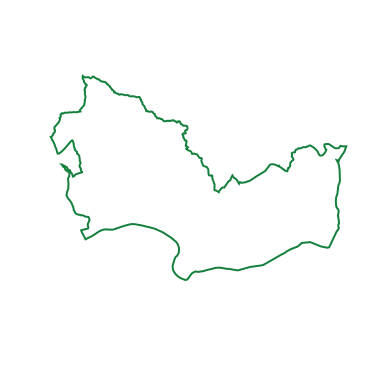 Daesti, Vâlcea, Romania, rotated 286°
{"feature_id": "2599482B34599857525673", "entity_name": "Daesti", "entity_type": "district", "adm_level": 2, "iso_a3": "ROU", "parent_name": "Romania", "parent_adm1": "Vâlcea", "projection": "equal_earth", "projection_center": [24.416, 45.181], "detail": "fine", "context": "isolated", "style": "outline", "palette": "green", "viewbox_px": 384, "rotation_deg": 286, "n_neighbors": 0, "source": "geoboundaries", "source_scale": "gbopen_adm2", "svg_char_len": 5973}
<svg xmlns="http://www.w3.org/2000/svg" viewBox="0 0 384 384"><g transform="rotate(286 192 192)"><path d="M274.6,306.6L273.9,306.3L272.5,306.6L270.0,308.7L269.7,309.5L266.7,309.1L263.7,307.7L263.0,306.9L262.3,305.2L262.5,304.7L263.2,303.6L265.9,301.2L266.8,299.7L268.5,296.4L268.8,294.7L269.4,292.9L268.7,291.5L267.7,290.8L267.5,290.1L266.6,289.2L266.2,288.3L265.8,286.7L263.9,284.2L263.5,283.4L263.6,282.6L262.1,281.4L261.3,280.2L259.6,279.9L258.8,280.1L258.3,279.5L257.7,277.9L256.8,277.2L255.2,278.0L253.8,278.0L252.9,279.0L252.5,279.7L251.0,280.6L248.8,279.1L247.6,278.6L246.2,278.6L243.9,279.2L241.8,278.5L241.7,277.9L238.2,277.9L238.2,275.1L238.9,274.1L239.0,273.1L239.8,271.8L240.2,269.8L241.3,268.3L240.5,267.7L241.2,264.9L241.2,264.1L240.8,261.4L240.0,259.6L232.4,256.6L223.9,248.8L221.7,247.1L218.2,243.9L217.6,242.5L216.2,240.9L214.5,237.1L214.4,236.5L214.7,235.6L214.5,235.0L213.0,234.9L216.0,231.7L216.9,229.9L217.2,228.3L219.0,226.3L215.7,225.6L214.3,225.7L213.4,225.3L212.4,224.2L205.2,221.8L205.0,220.7L204.4,219.8L203.2,219.0L200.4,217.9L199.2,217.8L200.0,215.2L200.0,213.5L200.4,212.9L205.5,211.6L210.7,207.8L213.2,207.0L213.4,206.5L212.8,205.2L212.8,204.0L212.9,203.6L214.0,202.9L217.5,201.7L218.6,201.1L220.1,199.3L220.2,196.1L220.5,195.4L224.0,192.7L224.9,192.3L226.6,192.3L227.0,192.0L227.2,191.4L226.9,190.3L227.0,189.6L229.5,186.7L229.5,183.5L228.7,181.9L228.7,181.5L230.2,180.4L230.6,179.9L231.0,178.1L231.1,176.8L231.8,174.7L232.2,174.5L233.0,175.3L233.9,175.8L234.4,174.7L234.6,173.3L239.3,172.8L239.7,172.4L239.9,171.9L239.7,171.1L239.9,170.6L241.3,169.7L242.0,168.5L243.2,168.4L244.8,166.9L246.1,167.6L246.2,169.2L246.5,169.7L247.2,169.5L248.6,168.5L249.6,168.8L250.3,170.0L251.1,170.2L252.4,170.1L253.9,169.1L254.0,167.2L253.3,165.8L253.4,165.2L253.9,164.5L254.1,163.8L254.0,163.2L254.5,162.7L254.5,162.3L256.2,161.2L256.4,159.6L256.1,159.2L255.0,159.0L254.6,158.3L255.0,157.3L255.4,156.9L255.3,156.4L255.9,154.2L254.9,152.7L254.9,152.2L254.5,151.8L254.5,151.4L253.9,150.6L254.0,150.0L253.8,149.1L252.5,146.5L252.5,145.0L253.1,144.3L253.8,142.8L253.8,142.2L253.5,141.7L254.0,140.4L253.5,139.5L253.3,138.1L254.2,137.4L255.2,135.4L256.8,134.6L256.9,133.4L258.1,132.0L258.1,131.2L257.8,129.7L257.4,129.1L257.3,127.6L257.6,126.9L257.2,126.3L257.2,125.7L258.8,124.9L259.9,123.4L261.1,122.9L262.6,120.4L264.4,119.5L265.8,117.7L267.0,117.4L267.2,117.1L267.3,116.5L268.5,115.7L268.8,115.2L268.8,114.7L267.8,112.9L268.0,111.1L267.9,109.3L266.8,105.9L266.9,105.2L267.4,104.5L267.5,103.6L266.7,101.5L266.6,97.7L266.0,95.9L265.6,95.7L265.6,94.5L266.1,93.7L265.9,92.4L266.4,90.8L266.2,90.0L267.1,89.7L267.0,89.2L267.5,88.9L268.1,87.9L268.1,87.1L269.1,86.4L269.6,85.3L270.2,84.7L270.3,84.3L271.3,83.5L271.4,82.6L272.2,81.4L272.2,80.7L273.0,80.0L273.4,78.9L273.7,78.6L273.5,77.6L273.7,77.1L273.4,76.0L273.5,75.5L273.3,75.0L273.6,73.5L273.9,72.8L274.1,72.1L274.6,71.6L274.4,69.9L274.7,69.5L275.2,66.7L275.8,66.1L275.5,64.7L273.7,63.7L273.2,63.0L273.8,61.2L273.8,60.6L272.8,58.0L272.7,57.3L273.4,55.0L272.1,55.2L270.4,56.2L269.2,57.4L267.7,58.1L267.1,59.2L266.3,59.9L266.2,60.7L265.7,61.4L265.3,61.4L264.5,60.8L263.0,60.9L262.4,60.4L261.6,60.6L261.0,60.5L260.2,60.6L259.9,61.1L256.8,62.0L253.9,63.5L252.8,63.6L251.3,63.5L249.7,64.0L245.9,64.4L240.1,61.8L239.1,61.7L238.6,62.4L237.0,59.4L236.0,55.7L235.2,54.2L234.9,52.4L233.9,50.5L233.2,47.9L232.0,46.5L232.0,45.6L231.5,45.6L231.2,44.8L230.3,44.3L229.4,44.5L229.1,44.9L228.3,45.1L227.1,44.8L226.6,44.3L225.7,45.0L222.8,44.9L216.2,41.9L214.1,42.6L213.6,43.3L213.1,43.5L211.9,43.5L211.0,43.3L210.3,42.7L208.0,42.5L206.6,41.7L206.0,41.0L205.1,42.1L203.5,43.2L202.6,44.3L200.2,46.5L197.7,48.2L196.1,49.6L191.9,52.2L192.4,53.7L195.8,56.1L199.4,58.0L207.8,61.8L208.6,62.6L208.2,63.4L205.8,64.9L202.9,66.1L201.5,67.4L200.2,67.7L198.9,70.3L197.2,70.9L196.9,72.2L195.5,73.7L192.0,75.3L190.6,75.7L189.3,76.9L186.7,76.6L185.9,76.7L184.8,77.5L184.1,78.6L182.6,79.0L181.8,79.6L181.1,80.7L180.7,80.9L177.2,75.7L176.1,74.8L174.5,74.2L174.0,73.2L175.8,72.2L176.9,71.1L177.8,69.7L179.2,68.7L179.5,66.6L180.0,65.9L181.2,65.0L182.0,62.0L181.5,61.0L182.5,60.2L182.6,59.6L182.5,59.1L181.9,60.1L180.9,60.9L180.2,63.1L179.3,63.5L178.5,64.1L177.8,65.8L177.0,68.4L176.5,68.9L173.4,69.6L171.1,69.1L167.8,70.2L165.9,71.0L162.6,71.7L161.2,72.2L157.8,71.9L154.3,72.2L151.7,74.5L150.3,76.8L148.0,79.4L145.0,81.8L143.5,82.7L142.0,83.2L141.0,84.7L139.9,85.2L139.0,87.0L138.9,89.3L139.2,90.4L138.9,91.4L139.3,92.3L139.5,93.8L139.1,95.4L139.0,97.4L139.5,99.1L138.6,100.3L137.1,101.1L135.8,101.1L132.6,100.7L131.9,100.8L130.5,101.4L129.9,101.9L128.4,102.2L124.6,96.0L123.3,96.9L117.2,102.7L120.6,106.3L121.7,107.7L128.9,113.9L131.2,116.8L132.3,119.3L133.3,124.0L134.2,126.7L140.3,135.4L143.9,141.4L144.6,143.1L145.3,145.8L146.0,152.8L146.5,165.6L146.2,168.4L145.1,175.5L142.4,184.3L139.9,190.0L138.2,192.4L135.8,194.2L133.0,195.5L130.0,196.0L126.7,195.3L125.1,194.2L123.4,193.8L115.5,193.7L112.5,194.9L111.4,195.6L109.0,198.2L107.4,200.9L106.3,203.9L105.9,206.1L105.6,209.4L106.0,210.8L106.9,211.8L112.3,213.7L113.8,214.4L115.9,216.3L116.5,217.3L116.9,220.0L119.2,225.0L121.3,228.1L123.8,232.7L125.4,235.2L126.6,238.4L127.2,241.1L127.8,247.3L128.2,248.1L129.2,257.3L129.4,257.9L135.9,268.4L140.5,278.8L141.6,280.7L156.6,295.3L159.1,298.0L160.8,299.2L164.0,302.4L168.7,308.6L173.3,311.6L176.4,319.5L175.2,330.9L175.7,337.4L176.7,339.1L194.4,342.0L195.0,342.5L196.8,343.0L198.3,342.9L199.1,342.3L200.9,341.6L202.3,342.0L203.0,341.8L204.2,341.2L205.3,341.0L206.8,340.0L208.4,339.5L209.2,338.9L211.1,338.6L212.3,338.6L214.5,338.1L215.9,337.0L216.3,336.1L217.0,335.6L217.7,334.7L222.7,332.8L226.5,332.1L228.5,332.1L230.0,332.3L238.5,330.9L241.3,331.2L243.6,331.1L253.6,327.9L258.4,325.8L260.6,324.2L262.5,322.3L262.5,323.6L262.2,324.5L264.0,324.5L272.6,327.3L278.4,327.7L277.3,323.8L277.4,322.7L277.3,322.1L274.7,321.0L273.8,318.8L273.6,317.7L273.6,317.0L275.4,311.7L275.8,309.9L274.6,306.6Z" fill="none" stroke="#15803d" stroke-width="2"/></g></svg>